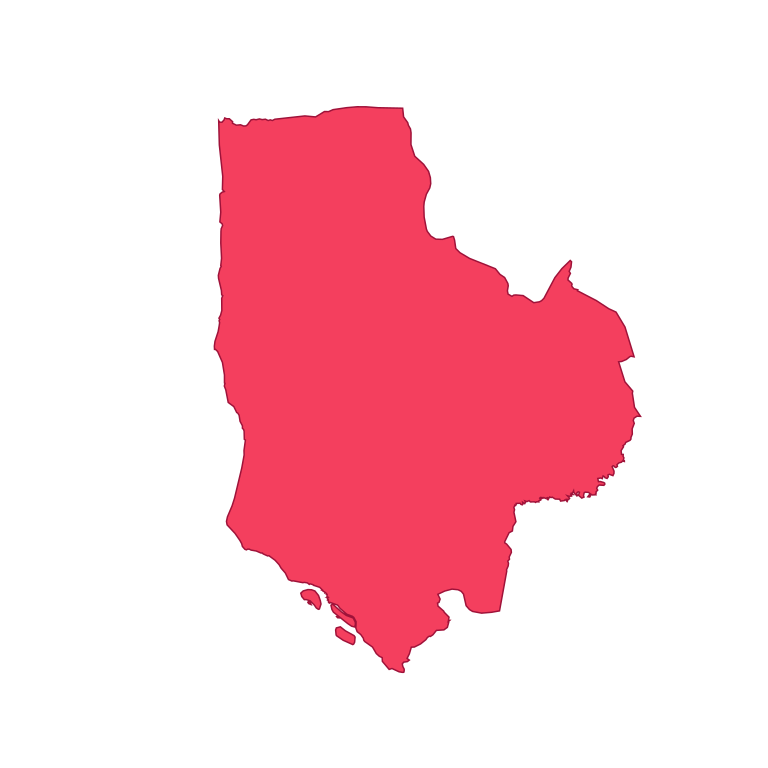 Tanah Bumbu, Kalimantan Selatan, Indonesia, rotated 112°
{"feature_id": "22746128B5843223707622", "entity_name": "Tanah Bumbu", "entity_type": "district", "adm_level": 2, "iso_a3": "IDN", "parent_name": "Indonesia", "parent_adm1": "Kalimantan Selatan", "projection": "albers", "projection_center": [115.836, -3.459], "detail": "fine", "context": "isolated", "style": "filled", "palette": "rose", "viewbox_px": 768, "rotation_deg": 112, "n_neighbors": 0, "source": "geoboundaries", "source_scale": "gbopen_adm2", "svg_char_len": 6176}
<svg xmlns="http://www.w3.org/2000/svg" viewBox="0 0 768 768"><g transform="rotate(112 384 384)"><path d="M121.3,470.0L130.1,493.1L133.7,504.4L137.0,512.7L141.7,522.0L148.7,534.0L152.2,537.4L153.7,541.3L162.0,547.5L165.1,557.8L179.4,584.4L181.5,586.2L181.7,588.4L183.1,590.1L182.9,593.1L184.5,596.0L184.9,598.8L186.9,601.6L187.4,603.9L188.9,606.2L194.8,607.7L196.4,608.7L197.4,610.8L197.4,614.1L199.3,617.8L199.0,622.2L197.5,622.6L196.0,626.8L197.0,629.3L197.0,631.3L199.0,631.2L202.0,632.3L202.8,634.5L201.8,635.9L224.1,626.2L251.9,611.3L264.2,606.7L265.4,604.2L266.6,605.8L269.1,607.2L270.4,607.1L285.9,599.7L295.2,596.9L296.1,594.1L297.5,593.0L301.0,593.1L303.4,592.4L314.5,588.1L328.3,581.7L335.4,579.7L335.8,579.0L338.3,579.3L345.3,578.3L348.0,577.0L358.2,569.8L362.1,567.9L362.5,566.6L365.3,566.6L376.6,561.9L381.5,561.3L384.8,561.7L385.7,560.5L387.1,560.6L388.7,559.4L391.9,558.6L397.6,557.4L407.7,556.7L412.4,555.5L415.4,554.1L415.0,553.3L416.2,550.4L424.5,541.9L435.4,535.3L442.8,532.3L442.9,531.7L445.7,531.3L448.7,528.5L459.5,521.5L461.2,514.8L465.6,509.9L465.7,508.8L467.3,506.6L472.5,503.5L475.8,499.6L478.1,498.7L478.8,497.1L480.2,496.0L487.6,492.8L487.9,491.5L498.1,488.9L502.2,487.1L515.2,484.4L545.9,479.8L553.9,479.2L565.8,479.4L570.4,478.6L573.4,476.7L578.3,466.2L583.1,458.9L585.3,456.2L587.7,454.4L589.4,451.0L589.3,449.4L588.2,448.6L587.6,447.0L587.8,445.1L586.7,439.9L586.8,434.9L586.3,433.3L586.8,432.5L587.0,427.5L586.3,426.4L588.2,419.0L590.8,413.6L593.3,410.4L596.2,404.7L601.1,399.3L601.2,395.6L600.5,394.4L598.6,384.8L597.8,383.6L597.1,380.5L597.8,378.2L597.0,377.7L596.7,375.4L596.8,374.0L597.6,373.9L597.0,373.7L596.6,367.4L597.8,364.6L598.4,364.7L598.2,363.6L598.8,363.2L599.2,360.7L599.8,360.5L599.4,360.1L599.9,358.8L600.5,358.8L600.5,357.9L602.5,357.2L602.6,356.2L603.1,356.8L603.0,356.0L603.7,356.4L604.4,356.0L604.5,355.1L605.5,355.3L605.4,354.6L607.1,353.7L606.9,352.3L607.5,352.5L607.5,352.3L606.7,352.0L606.4,344.2L608.5,340.7L611.4,332.2L611.2,326.4L611.7,324.6L614.9,320.8L620.8,318.7L623.7,316.1L625.0,311.7L627.4,308.0L629.2,306.7L630.0,305.4L632.2,296.1L636.8,290.2L638.2,286.4L638.4,283.2L641.8,281.6L646.7,272.3L644.8,270.0L645.2,262.2L644.5,259.0L643.9,257.7L642.5,257.8L640.8,258.5L638.8,260.8L636.6,262.2L634.5,261.5L632.6,258.3L630.5,257.1L629.8,259.8L624.7,259.4L617.8,260.1L616.5,257.3L611.3,252.7L605.4,249.4L602.8,248.8L600.9,247.6L600.7,246.4L598.2,244.7L592.8,243.1L589.5,236.3L585.9,234.1L580.9,234.7L580.7,235.5L578.5,234.5L578.9,235.7L575.8,236.4L573.1,242.6L572.2,243.6L569.7,250.7L567.1,252.3L565.9,251.2L562.4,251.4L558.8,255.3L553.2,250.1L548.7,244.1L547.0,238.2L547.3,234.7L549.0,231.6L558.8,224.8L561.1,220.3L561.7,216.7L559.9,207.7L555.4,198.8L551.1,191.9L511.5,200.1L510.4,200.8L506.2,200.7L503.6,201.4L501.9,202.9L499.5,202.0L497.5,203.1L492.4,202.8L489.8,204.2L486.5,210.3L486.0,212.6L485.0,213.0L475.0,212.3L472.2,209.9L467.7,211.1L462.3,210.1L454.2,215.5L451.6,215.9L449.9,217.3L447.3,217.3L447.4,216.5L446.3,216.3L445.2,216.7L443.6,213.1L444.3,211.9L444.2,210.5L443.3,210.2L441.7,211.2L442.2,208.7L440.4,208.5L439.6,209.5L439.5,207.4L437.8,205.8L438.5,204.1L436.9,200.4L437.0,199.0L436.1,198.6L435.3,196.3L434.6,196.8L432.9,195.3L431.6,196.9L430.6,196.5L430.5,195.4L431.5,195.7L431.6,195.1L430.6,194.4L430.1,194.6L430.2,193.7L429.4,193.3L429.6,191.4L428.0,189.7L428.1,189.2L429.7,189.5L429.9,188.6L426.7,188.1L426.7,186.6L425.9,185.6L426.5,182.1L425.0,178.0L426.4,176.4L424.5,173.1L423.7,172.9L423.4,172.2L424.4,170.2L423.5,170.1L422.5,171.4L421.9,169.5L420.4,169.1L418.9,172.2L418.7,170.2L417.7,168.2L416.7,169.2L415.7,167.3L415.2,169.4L414.4,168.4L412.0,168.2L413.4,167.4L415.5,163.2L415.0,162.9L413.6,164.1L412.3,164.4L411.2,163.5L411.2,162.2L414.3,162.0L415.7,157.9L413.9,156.2L413.0,157.1L410.1,157.7L408.9,157.0L407.9,153.8L408.5,151.8L412.2,152.8L411.7,150.9L408.7,150.5L408.8,149.2L407.3,146.0L406.6,146.7L405.7,146.4L404.7,147.0L402.3,146.1L401.1,147.7L399.3,147.7L397.1,146.7L395.6,142.2L394.3,141.7L393.3,142.2L393.0,143.4L393.4,147.1L394.2,148.6L391.5,150.4L389.9,147.7L390.0,146.2L387.2,146.4L387.4,144.8L388.1,144.0L388.0,141.8L386.0,141.3L384.5,142.3L383.3,141.3L383.2,137.4L380.7,137.3L378.6,138.1L375.2,141.5L374.4,141.3L373.8,140.5L374.7,138.3L374.3,137.5L372.9,136.7L371.5,137.8L369.1,136.6L367.6,134.6L366.0,133.9L365.8,132.1L365.1,132.4L364.8,133.6L362.6,133.9L361.5,135.2L359.7,135.8L360.3,137.4L356.9,139.2L352.5,138.4L351.7,139.3L349.5,138.0L347.6,138.0L344.1,134.8L342.6,134.4L341.0,135.0L337.4,135.0L332.6,137.1L326.8,137.2L324.5,139.2L322.0,139.4L319.1,137.4L317.9,134.1L311.8,143.0L299.5,150.3L297.4,150.7L291.7,161.5L275.5,174.8L274.1,172.1L270.5,168.5L266.5,166.3L265.7,165.3L265.1,162.3L240.9,181.9L230.4,195.8L230.0,203.9L227.1,218.4L225.1,239.6L224.0,239.6L224.6,243.6L223.3,246.1L222.2,247.0L221.0,247.0L220.3,247.8L218.6,252.4L216.8,253.0L211.6,252.6L210.2,254.5L205.7,254.4L200.4,255.9L199.7,257.6L210.4,262.3L221.3,265.4L244.6,267.8L247.7,269.1L249.6,270.7L252.5,275.6L249.9,288.1L252.0,295.0L253.0,297.0L254.8,298.2L254.2,302.6L251.4,304.5L246.4,305.6L244.4,306.8L240.1,312.0L238.9,317.6L235.4,323.9L235.5,351.7L233.8,362.8L231.5,368.2L224.1,372.5L221.3,374.8L221.4,375.7L228.0,384.0L230.3,390.2L229.3,396.0L226.3,401.0L224.5,402.7L214.2,409.3L204.5,413.6L200.2,414.9L192.2,415.8L185.1,415.0L180.8,415.7L175.3,418.3L170.2,422.3L165.5,429.5L161.3,440.8L151.9,448.7L141.0,453.0L137.6,455.0L135.0,458.3L132.8,459.9L129.0,465.9L121.3,470.0ZM609.1,382.8L611.9,380.6L613.8,377.1L613.0,375.3L612.7,371.2L615.0,365.9L617.0,362.9L617.5,360.5L616.8,359.6L611.6,360.0L608.7,361.9L604.6,365.5L601.8,370.5L601.9,374.0L603.1,377.5L606.1,381.4L609.1,382.8ZM630.2,336.7L634.6,334.4L635.2,333.6L636.9,325.8L637.3,315.3L636.5,314.7L634.4,314.5L629.5,316.0L628.5,317.5L627.3,327.4L625.5,333.5L628.0,336.8L630.2,336.7ZM609.0,350.3L612.6,347.8L614.5,345.4L619.7,328.0L620.7,323.3L620.3,320.2L617.5,320.5L615.5,321.5L612.5,324.9L612.7,332.3L611.3,338.1L607.6,348.4L607.7,349.5L609.0,350.3ZM615.0,372.8L615.8,371.5L615.8,369.0L613.8,371.1L614.3,372.7L615.0,372.8ZM617.4,340.8L618.1,339.5L617.6,337.9L616.7,339.9L617.4,340.8Z" fill="#f43f5e" stroke="#9f1239" stroke-width="1.5"/></g></svg>